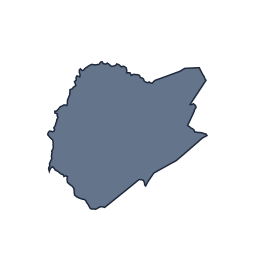 Tejuçuoca, Ceará, Brazil (Mercator projection), rotated 31°
{"feature_id": "56859067B66603030314401", "entity_name": "Tejuçuoca", "entity_type": "district", "adm_level": 2, "iso_a3": "BRA", "parent_name": "Brazil", "parent_adm1": "Ceará", "projection": "mercator", "projection_center": [-39.614, -3.923], "detail": "fine", "context": "isolated", "style": "filled", "palette": "slate", "viewbox_px": 256, "rotation_deg": 31, "n_neighbors": 0, "source": "geoboundaries", "source_scale": "gbopen_adm2", "svg_char_len": 2321}
<svg xmlns="http://www.w3.org/2000/svg" viewBox="0 0 256 256"><g transform="rotate(31 128 128)"><path d="M199.6,93.8L198.0,93.0L196.1,93.6L194.1,94.0L192.0,94.8L190.3,95.8L188.5,96.4L187.1,97.0L185.4,95.6L183.4,95.4L181.7,95.6L180.0,95.2L177.8,95.2L176.4,81.7L176.1,79.6L175.6,77.9L175.8,75.6L175.0,74.4L173.5,73.8L171.5,73.5L170.7,75.1L169.1,75.9L170.3,46.9L168.7,46.3L166.7,44.7L164.3,43.6L162.8,42.6L161.4,41.8L159.4,40.5L158.0,39.6L145.9,47.7L143.4,52.5L131.2,67.7L127.3,72.4L126.5,73.6L126.0,75.3L125.8,76.9L124.1,77.8L122.4,77.6L121.8,78.9L119.4,79.6L117.8,79.5L115.8,77.9L114.2,77.9L112.6,78.3L110.5,77.0L108.6,77.4L107.2,78.2L105.1,79.1L103.7,81.2L101.2,79.6L98.4,81.4L97.3,79.3L95.6,77.4L93.4,77.2L92.0,77.5L91.0,79.0L89.5,78.7L87.5,78.4L85.3,78.9L85.3,80.5L83.1,83.0L81.8,83.7L78.9,83.2L76.8,83.0L76.0,84.7L73.6,85.6L71.8,84.5L70.5,85.7L70.5,88.3L66.9,91.1L64.3,92.0L62.8,94.1L61.8,96.2L60.5,98.9L60.2,101.3L59.0,102.4L56.8,101.8L56.4,103.2L57.6,105.4L59.4,106.8L60.3,109.0L57.4,109.6L57.4,111.4L59.0,113.6L58.2,115.9L60.3,117.3L61.4,118.7L60.3,120.9L59.9,123.4L58.5,125.0L59.8,127.3L61.0,129.9L61.3,132.1L61.7,135.1L63.5,138.5L63.9,140.3L62.5,140.6L61.2,141.2L60.4,142.9L59.0,144.5L58.9,146.0L58.5,148.0L58.0,150.3L56.6,151.3L57.6,152.8L60.2,152.3L61.0,154.1L62.5,154.8L62.7,157.6L63.3,158.9L63.7,160.9L64.4,163.6L64.3,166.2L65.8,166.9L66.2,168.8L65.4,170.0L63.8,170.4L62.4,171.0L62.0,173.0L62.6,175.1L64.5,175.7L66.9,176.6L69.6,177.0L70.9,178.5L71.9,179.8L72.5,181.2L73.7,182.6L74.3,183.9L74.5,185.4L74.5,187.2L75.7,188.4L76.2,190.1L77.0,191.8L78.5,193.6L78.7,196.3L79.1,199.1L80.4,200.6L80.4,202.3L80.9,203.8L82.9,205.7L82.3,202.6L83.3,200.1L85.6,200.6L87.2,201.5L90.4,201.3L92.2,201.6L94.5,201.9L96.5,201.4L98.1,202.6L99.1,201.1L101.1,200.8L101.6,202.4L102.7,204.1L104.2,205.8L106.0,206.2L108.2,206.5L109.9,206.6L112.1,207.3L113.8,208.9L115.4,211.4L116.9,213.0L119.7,213.5L122.5,213.1L125.3,212.6L127.4,211.7L129.4,212.1L131.0,213.2L133.9,214.4L135.5,215.5L137.2,216.4L138.8,216.1L140.3,215.0L141.9,214.5L143.2,212.7L144.0,210.9L145.6,209.2L147.2,208.5L148.9,208.1L158.3,182.4L163.3,168.5L163.9,166.7L166.1,165.3L168.3,165.0L170.5,166.6L171.6,168.2L173.0,168.6L172.7,164.1L173.3,153.4L182.2,137.8L186.1,131.2L189.1,122.4L197.0,98.1L199.6,93.8Z" fill="#64748b" stroke="#1e293b" stroke-width="1.5"/></g></svg>